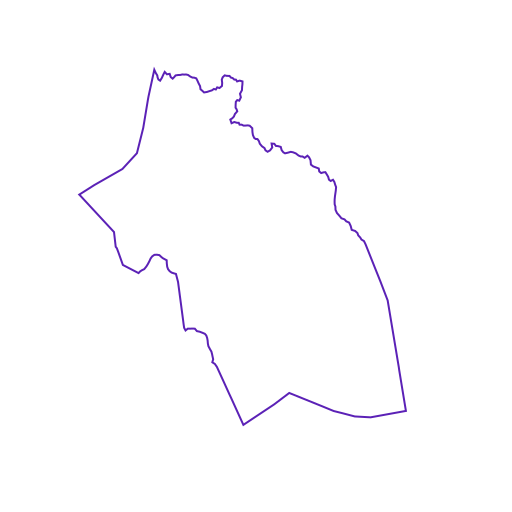 Miguel Calmon, Bahia, Brazil, rotated 196°
{"feature_id": "56859067B28508541952770", "entity_name": "Miguel Calmon", "entity_type": "district", "adm_level": 2, "iso_a3": "BRA", "parent_name": "Brazil", "parent_adm1": "Bahia", "projection": "equal_earth", "projection_center": [-40.57, -11.422], "detail": "fine", "context": "isolated", "style": "outline", "palette": "violet", "viewbox_px": 512, "rotation_deg": 196, "n_neighbors": 0, "source": "geoboundaries", "source_scale": "gbopen_adm2", "svg_char_len": 2970}
<svg xmlns="http://www.w3.org/2000/svg" viewBox="0 0 512 512"><g transform="rotate(196 256 256)"><path d="M197.7,118.3L186.3,133.5L151.1,129.8L142.2,128.8L138.5,128.4L129.8,128.7L116.8,129.0L101.4,132.5L69.2,148.4L86.9,185.8L88.1,188.5L117.2,249.6L129.3,265.7L139.1,278.3L153.8,297.3L156.3,300.1L159.2,300.9L160.9,302.5L163.4,304.0L164.8,306.0L167.6,307.4L171.2,307.5L173.2,310.9L175.7,313.8L178.8,314.2L181.0,315.6L184.3,315.8L186.1,317.1L187.6,318.1L190.0,319.6L192.3,322.3L193.3,325.4L194.6,327.3L195.4,329.8L196.0,332.1L196.6,335.4L197.3,340.6L198.0,344.3L199.5,346.3L201.1,348.8L203.0,350.5L204.9,348.7L206.9,349.5L208.5,352.1L210.3,353.8L212.4,355.7L214.2,355.0L216.2,353.7L218.5,354.7L219.8,357.4L222.1,357.6L225.7,357.9L228.4,359.0L230.0,363.1L232.2,365.5L234.2,366.6L236.3,363.8L238.7,364.5L240.5,364.0L242.8,364.3L246.0,365.6L249.1,365.9L251.3,365.7L254.0,364.0L256.4,362.7L258.3,363.2L260.5,364.8L262.3,367.7L265.1,367.7L267.2,367.3L269.3,368.9L272.0,368.4L270.3,364.8L271.6,361.4L273.6,359.4L276.0,360.2L277.6,362.1L280.5,363.1L283.3,365.0L284.8,367.2L286.8,368.8L288.6,368.4L290.3,369.0L292.3,371.4L293.6,374.2L294.8,377.8L298.0,379.5L299.9,379.3L302.0,378.5L303.9,377.9L306.0,378.3L308.0,377.7L309.3,379.3L311.0,378.8L313.8,378.8L316.1,376.9L318.3,380.1L316.8,381.8L315.7,383.9L315.4,386.7L313.9,389.9L315.1,391.7L316.5,392.9L317.2,395.5L317.9,398.7L317.0,400.7L314.9,400.7L314.3,404.4L316.1,407.5L315.2,411.5L316.0,414.9L316.4,417.4L317.1,420.1L320.0,420.1L322.3,418.6L323.9,420.0L325.5,419.6L327.5,420.6L329.3,420.6L331.1,421.8L333.7,421.1L335.9,421.0L337.3,418.6L337.5,416.1L336.2,413.0L335.6,410.1L337.4,407.4L339.8,407.4L340.5,405.0L342.5,405.0L344.1,403.0L345.7,402.0L348.3,400.2L351.0,398.9L353.3,400.1L355.3,401.0L356.6,403.9L358.8,406.2L360.8,408.6L362.4,410.3L364.6,410.4L366.3,410.0L368.7,410.4L371.2,411.3L373.3,411.2L375.0,410.6L376.9,410.2L378.6,409.2L380.8,408.5L383.1,407.4L383.9,405.5L385.0,403.5L387.3,404.5L389.2,407.3L391.7,406.1L394.5,407.8L395.1,404.7L395.6,401.3L396.5,398.1L398.5,398.8L399.8,400.5L400.7,402.4L402.8,404.3L405.1,407.0L403.3,379.7L403.0,376.7L399.7,348.0L398.8,322.0L408.4,302.8L431.0,279.6L442.8,266.3L440.9,265.2L437.3,263.0L399.1,239.9L393.4,226.2L391.9,225.1L389.3,221.6L381.5,210.7L364.2,207.2L363.1,209.3L361.8,210.8L359.8,212.6L358.5,215.7L357.7,218.5L357.0,221.9L356.6,224.6L355.7,227.0L354.0,229.1L351.7,229.9L349.1,230.2L346.6,228.9L344.9,228.2L343.1,227.8L340.7,227.3L339.7,224.3L338.4,221.2L336.9,219.1L334.8,217.6L332.6,216.8L330.4,216.7L328.0,216.7L323.8,209.6L321.4,204.1L308.3,174.0L306.8,170.5L305.3,167.2L303.2,165.0L301.6,167.3L299.9,167.8L297.4,168.6L294.8,169.3L292.1,167.5L289.3,167.7L286.0,167.4L283.7,167.1L281.9,165.9L280.4,163.8L279.2,161.4L278.1,158.5L276.9,156.2L274.5,153.7L272.5,151.8L271.1,149.4L270.0,147.3L268.7,144.9L268.7,141.8L265.8,140.9L263.0,138.6L252.8,126.7L243.5,115.8L240.7,112.6L221.6,90.2L204.0,110.9L197.7,118.3Z" fill="none" stroke="#5b21b6" stroke-width="2"/></g></svg>